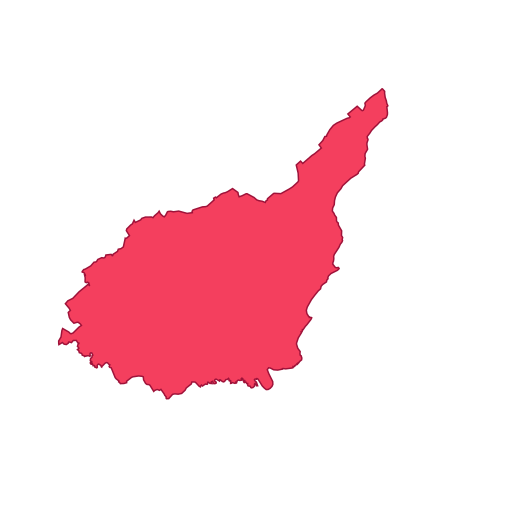 Juan De Acosta, Atlántico, Colombia, rotated 138°
{"feature_id": "7082276B48285719364233", "entity_name": "Juan De Acosta", "entity_type": "district", "adm_level": 2, "iso_a3": "COL", "parent_name": "Colombia", "parent_adm1": "Atlántico", "projection": "orthographic", "projection_center": [-75.078, 10.827], "detail": "fine", "context": "isolated", "style": "filled", "palette": "rose", "viewbox_px": 512, "rotation_deg": 138, "n_neighbors": 0, "source": "geoboundaries", "source_scale": "gbopen_adm2", "svg_char_len": 6128}
<svg xmlns="http://www.w3.org/2000/svg" viewBox="0 0 512 512"><g transform="rotate(138 256 256)"><path d="M445.0,276.7L444.5,277.0L439.8,277.3L438.5,276.9L437.8,276.0L437.8,273.9L437.4,273.0L439.1,272.1L439.2,271.1L438.4,269.8L442.0,259.9L442.1,258.3L441.5,254.9L442.3,254.4L442.0,253.3L442.2,251.9L439.4,249.6L436.9,248.4L436.0,249.5L430.0,249.1L428.5,248.7L423.5,245.4L421.2,242.9L420.6,241.6L422.4,239.2L423.3,235.2L423.0,233.6L421.6,232.0L421.3,230.9L422.6,223.8L421.3,223.9L419.3,223.2L418.5,222.6L417.6,220.7L415.9,220.5L416.5,215.1L417.0,213.6L417.0,211.4L417.9,210.6L418.0,209.8L416.3,208.4L410.5,209.0L408.6,207.9L406.3,205.4L403.2,203.6L398.5,203.7L396.1,204.6L389.7,204.2L387.9,205.3L386.0,203.5L385.5,202.7L385.4,197.2L384.9,195.9L384.5,196.1L384.5,196.5L382.9,196.6L382.8,195.2L379.3,194.7L378.1,193.3L377.5,193.4L376.4,194.5L375.8,193.9L375.5,192.2L374.2,190.8L374.2,191.9L373.4,192.4L372.1,191.9L372.6,190.9L372.6,189.4L372.0,188.6L370.7,188.2L370.0,188.9L370.3,191.0L369.4,191.6L368.7,191.6L367.9,191.0L366.8,187.5L365.7,188.2L365.4,187.9L365.0,185.2L364.2,184.0L362.7,183.9L361.2,184.4L359.9,183.5L358.3,183.5L358.3,183.0L359.4,181.4L359.2,180.8L358.5,180.8L358.3,180.3L360.1,178.3L359.3,177.8L358.5,178.0L356.8,175.4L356.2,175.2L355.5,175.7L355.3,174.8L353.6,175.8L352.8,175.8L351.9,175.4L351.3,174.3L349.7,173.3L349.1,173.5L349.4,174.2L349.1,174.7L348.2,174.7L347.9,173.8L348.7,172.4L347.7,171.0L348.0,170.7L349.3,170.9L349.5,170.0L349.4,169.7L347.9,169.1L348.2,167.5L347.5,166.8L348.4,166.0L348.8,164.8L347.4,162.9L347.9,161.9L347.7,161.1L346.3,160.3L344.2,160.3L342.8,161.8L342.0,161.9L342.4,159.1L341.6,158.5L340.1,162.0L340.3,164.2L340.0,165.1L339.0,165.2L338.1,164.1L337.6,164.5L337.1,164.0L336.9,163.0L338.3,155.2L338.2,152.4L337.8,149.9L336.3,148.7L334.0,148.2L331.4,148.4L329.4,149.3L327.6,151.5L325.3,159.8L323.7,164.0L321.4,164.5L320.3,163.1L319.0,159.6L316.2,156.7L312.0,154.2L311.7,154.6L311.1,154.2L309.5,152.3L304.1,148.6L303.3,148.3L303.0,148.8L302.5,149.0L302.5,148.4L300.8,148.2L300.6,148.6L299.2,148.2L297.8,148.5L297.6,147.8L297.3,148.0L297.5,148.4L296.1,148.4L296.0,148.0L294.0,148.4L291.6,148.3L290.2,149.5L289.2,151.7L289.5,152.7L288.7,154.0L287.1,155.5L286.7,159.5L284.8,163.5L283.9,164.3L279.3,166.9L273.5,168.6L273.2,169.2L273.0,168.9L272.1,169.1L270.8,170.2L270.5,169.7L266.4,170.7L264.1,170.9L257.6,172.1L255.9,172.8L256.0,173.3L257.4,174.6L257.0,174.9L257.3,176.0L256.7,179.2L254.9,182.0L252.0,183.8L244.0,186.5L238.9,187.5L233.2,188.4L230.0,188.4L227.9,189.9L225.6,190.2L221.0,189.6L219.5,190.7L217.7,190.9L217.2,191.8L215.4,192.7L212.0,192.8L205.1,190.9L203.2,190.9L202.5,191.2L202.6,192.6L203.7,193.0L204.7,194.4L204.4,198.5L203.2,199.7L201.9,200.3L200.1,201.8L198.4,203.9L196.7,204.8L188.7,206.9L185.4,208.4L183.2,208.7L181.4,209.5L180.9,210.6L179.2,211.8L178.8,214.0L175.5,217.4L174.1,223.8L172.8,225.5L173.0,227.3L172.6,228.3L170.4,230.9L170.2,233.6L169.5,235.6L169.2,238.3L166.9,240.4L163.5,241.8L160.6,244.6L157.5,246.7L153.3,248.5L147.8,249.2L144.6,250.3L133.6,250.4L126.2,249.1L124.6,249.1L124.0,249.7L123.0,250.0L114.4,250.7L114.0,251.7L109.3,255.5L108.4,257.2L106.4,259.1L101.6,260.7L99.2,264.4L97.9,265.8L95.0,267.4L94.5,268.2L94.5,268.9L93.4,270.4L89.4,271.1L86.1,272.0L81.5,272.4L78.0,272.4L74.4,272.8L72.2,272.3L70.6,272.4L70.3,272.9L67.5,271.8L66.3,271.8L63.8,273.1L62.5,274.4L58.9,279.4L58.2,279.2L57.5,279.4L56.7,281.9L55.3,284.1L53.9,287.4L51.6,290.8L50.2,292.3L50.2,295.5L50.4,295.9L56.8,295.8L60.7,296.7L65.3,297.1L71.0,297.0L72.8,296.7L73.9,294.9L74.9,294.2L78.7,292.5L79.8,292.9L80.0,293.4L80.6,299.6L92.7,300.1L92.9,296.3L94.5,296.4L95.9,297.3L107.0,300.7L111.1,301.3L116.5,300.5L122.0,298.7L123.5,297.8L124.9,298.7L129.1,297.1L134.8,296.5L135.2,292.5L144.1,292.8L147.3,293.3L159.3,293.5L159.4,296.7L165.2,296.7L169.2,289.4L174.1,283.4L175.3,283.0L182.6,282.9L186.3,283.5L195.8,285.7L200.4,290.3L201.1,290.7L209.1,290.9L210.0,290.0L211.6,290.3L213.3,289.6L214.8,292.6L216.8,295.1L217.9,297.2L218.3,300.8L221.0,308.3L221.8,308.9L226.1,310.1L228.9,311.3L228.1,313.4L226.9,315.3L228.3,321.8L234.0,322.8L236.5,323.6L238.0,324.5L240.5,325.4L246.5,325.8L246.7,326.9L248.8,327.3L249.6,325.7L258.9,325.7L260.4,326.4L263.0,328.4L272.0,332.4L273.6,332.0L274.3,330.8L278.7,333.8L283.4,341.1L287.8,344.1L289.4,346.3L291.5,347.9L292.3,348.1L296.0,346.7L298.0,346.5L298.6,348.2L298.8,351.3L298.0,354.1L299.7,353.7L304.5,353.8L306.9,353.4L307.5,354.8L312.1,358.9L315.7,360.4L317.6,360.0L323.2,361.7L322.7,364.2L326.3,362.6L328.4,362.9L333.9,362.6L335.4,361.6L336.4,355.8L339.8,355.8L341.4,356.2L341.4,356.6L348.5,351.5L351.4,351.8L353.8,353.2L355.8,352.1L360.9,352.9L362.3,352.2L362.7,352.6L362.4,353.8L362.8,354.3L366.9,357.2L367.9,356.5L369.4,356.0L370.5,356.4L371.8,358.0L375.9,359.3L378.1,358.6L379.2,358.8L380.5,359.8L385.4,359.2L391.7,360.5L393.1,361.2L395.5,360.8L395.9,360.4L395.0,358.8L395.4,356.5L395.7,356.0L396.1,356.6L397.5,354.1L400.2,351.3L400.4,350.7L399.8,349.6L398.9,349.5L398.2,348.1L399.4,345.6L400.2,345.5L399.4,345.9L398.9,347.4L401.2,347.3L411.4,347.8L420.5,347.1L425.8,348.6L429.6,348.1L429.8,342.4L430.3,339.8L433.3,339.7L435.8,335.3L436.5,332.6L436.3,327.9L433.4,326.5L432.5,325.7L432.0,323.0L432.2,321.2L435.1,321.6L443.5,321.2L445.5,322.0L445.9,322.8L446.0,324.8L448.2,331.5L450.1,330.5L455.1,326.3L459.5,324.9L461.4,322.7L461.8,322.0L457.8,321.3L457.6,318.9L456.2,317.1L453.7,316.8L453.2,317.3L452.5,317.3L451.1,315.1L448.3,315.5L446.0,313.5L446.5,310.8L445.9,309.8L446.3,309.4L447.1,309.6L449.2,308.3L449.1,306.8L449.4,306.0L451.4,305.9L451.0,304.4L452.0,302.4L450.9,300.5L450.9,299.7L451.5,298.5L450.6,297.1L450.7,296.1L449.9,296.0L449.6,295.4L448.4,295.0L446.8,293.5L446.6,292.6L446.0,292.7L444.9,294.3L444.1,294.7L443.8,294.7L442.9,293.9L443.5,291.7L443.8,291.4L444.6,291.6L445.4,290.7L447.7,290.4L449.2,289.1L449.2,288.4L448.7,287.7L448.8,287.2L449.4,287.1L449.5,286.6L450.2,287.6L450.7,287.5L450.9,287.0L451.0,286.1L449.9,284.7L450.5,283.4L449.4,282.7L449.5,282.0L450.1,281.4L449.2,279.4L448.3,279.5L447.4,280.9L446.1,281.2L445.2,281.0L444.5,278.5L445.1,277.2L445.0,276.7Z" fill="#f43f5e" stroke="#9f1239" stroke-width="1.5"/></g></svg>